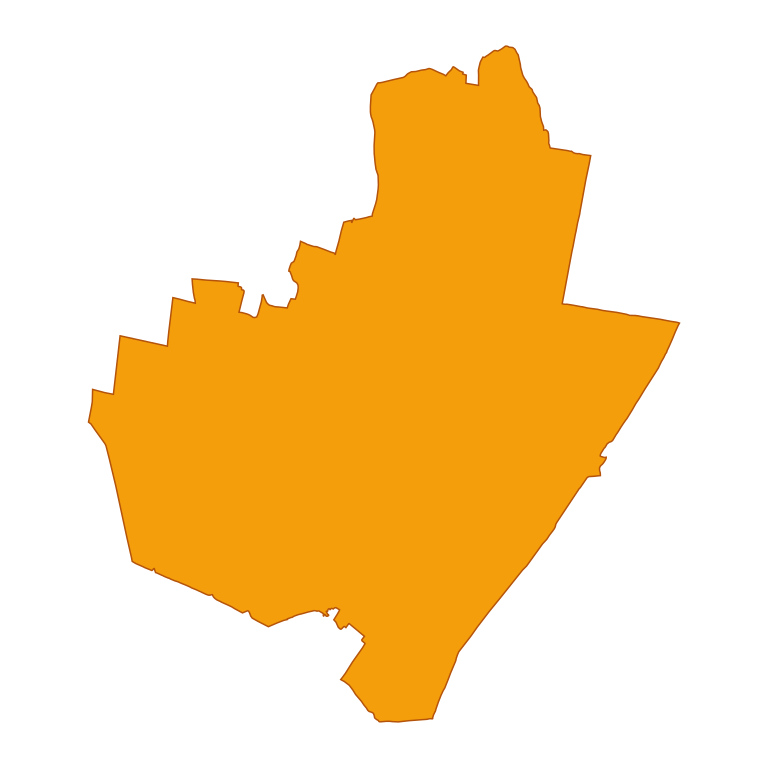 the district of Balacita, Mehedinti, Romania, rotated 90°
{"feature_id": "2599482B9762255986035", "entity_name": "Balacita", "entity_type": "district", "adm_level": 2, "iso_a3": "ROU", "parent_name": "Romania", "parent_adm1": "Mehedinti", "projection": "natural_earth1", "projection_center": [23.124, 44.377], "detail": "fine", "context": "isolated", "style": "filled", "palette": "amber", "viewbox_px": 768, "rotation_deg": 90, "n_neighbors": 0, "source": "geoboundaries", "source_scale": "gbopen_adm2", "svg_char_len": 6093}
<svg xmlns="http://www.w3.org/2000/svg" viewBox="0 0 768 768"><g transform="rotate(90 384 384)"><path d="M561.4,635.8L563.5,632.3L566.8,624.8L567.6,623.3L570.5,616.1L570.1,615.5L568.7,614.4L568.5,613.9L568.8,613.6L569.8,613.4L572.6,612.4L572.6,612.0L575.4,605.8L575.6,605.2L576.1,604.4L577.2,601.9L578.1,599.6L578.2,598.9L578.9,597.8L580.7,593.5L581.7,590.3L583.3,586.7L585.1,582.2L587.0,577.9L587.9,576.4L589.6,572.1L594.2,562.2L595.1,559.8L595.2,558.2L594.6,555.9L594.7,555.6L596.7,554.7L597.5,554.0L598.6,552.9L599.9,551.1L601.7,547.2L602.0,546.9L605.3,539.5L606.9,536.2L608.7,533.3L612.9,525.5L610.8,520.5L611.1,519.5L612.5,518.6L616.0,517.3L618.1,515.8L621.3,510.1L626.7,499.6L622.9,490.8L620.3,484.0L619.5,480.6L618.9,480.7L617.9,478.0L617.4,476.6L617.4,476.0L616.1,473.8L614.6,469.6L613.8,466.2L611.8,459.1L611.7,458.4L610.6,453.7L610.9,451.7L611.2,451.0L611.0,450.3L611.0,449.0L613.2,445.2L614.0,444.6L615.6,444.7L616.0,444.5L616.0,444.3L614.9,443.8L614.4,443.2L616.2,441.7L616.2,440.4L615.6,439.5L615.2,439.3L614.6,439.7L614.0,440.5L611.4,441.7L611.2,441.4L611.2,440.4L609.5,440.0L608.8,439.3L608.7,438.9L609.0,438.4L609.6,438.0L609.5,437.7L608.6,437.0L608.4,436.5L608.6,435.6L609.0,434.8L608.0,433.6L607.7,432.7L607.7,431.9L609.8,428.4L611.2,429.0L614.4,430.8L619.8,434.2L622.2,432.0L627.3,429.7L628.9,428.0L629.2,427.4L629.2,427.0L628.8,426.4L626.8,424.4L626.5,423.9L626.6,423.4L627.6,422.1L623.7,419.3L623.6,418.8L636.3,403.6L639.6,406.1L640.0,406.2L640.8,406.0L643.1,403.3L643.7,403.0L648.0,405.6L662.0,415.5L673.2,422.5L676.9,425.2L679.1,426.9L679.5,427.3L679.7,427.1L681.5,423.7L685.3,418.7L690.1,415.1L694.6,412.3L701.4,406.5L705.0,404.1L708.0,401.6L710.2,400.3L711.4,399.0L712.2,396.6L712.7,395.5L713.2,394.8L713.9,394.4L715.5,393.8L717.7,393.4L718.5,392.7L719.6,391.3L720.4,389.8L721.5,389.0L721.8,388.2L721.8,387.3L721.3,381.6L721.3,379.5L721.3,378.3L721.6,375.8L721.9,369.7L720.7,359.2L719.3,341.0L718.7,338.3L718.7,336.1L718.9,335.9L718.6,335.3L717.6,335.3L714.7,334.4L710.9,332.5L709.2,332.1L702.2,329.7L695.3,327.0L690.6,324.8L687.9,323.2L679.1,319.7L673.2,317.5L660.9,312.3L658.2,311.7L654.7,310.5L651.7,309.2L636.1,297.1L626.9,290.6L611.1,278.5L597.9,267.7L570.1,245.5L566.0,241.4L543.8,225.4L539.3,221.2L535.0,218.4L531.0,215.3L528.6,213.6L526.9,212.8L524.0,212.1L522.1,211.0L488.8,188.9L487.7,187.8L477.5,180.8L476.6,179.1L476.3,174.0L475.6,167.6L473.0,167.7L470.5,168.4L468.1,168.5L466.5,167.9L465.4,167.0L464.3,165.7L462.5,164.2L459.6,162.4L458.0,161.8L457.2,161.8L457.5,163.3L457.0,165.3L456.2,167.7L455.0,167.8L453.2,167.0L448.1,163.8L447.6,163.1L445.5,161.8L444.0,161.0L442.2,158.7L441.8,157.3L441.4,156.5L440.4,155.3L434.5,151.8L432.4,150.3L427.2,147.1L423.4,144.6L419.7,142.0L418.9,141.3L409.8,135.7L403.6,132.2L399.0,129.1L389.4,123.3L367.8,109.5L365.7,108.6L361.6,106.6L357.7,104.3L353.9,102.5L352.6,101.5L350.2,100.7L346.9,99.1L338.7,95.5L332.3,92.9L325.6,89.9L323.1,88.5L322.7,89.5L322.2,91.5L321.3,97.5L321.0,98.8L320.8,100.1L319.3,107.7L316.5,126.7L315.9,129.5L315.5,132.8L315.4,138.2L314.3,141.5L312.4,151.1L310.5,165.1L309.3,170.5L308.0,180.4L306.8,185.5L306.7,186.8L305.1,195.4L304.2,201.2L304.3,202.6L304.1,204.5L303.7,205.8L251.1,196.0L247.1,195.1L234.4,192.7L231.4,192.0L222.8,190.4L214.2,188.3L211.3,187.9L180.0,182.2L162.8,178.6L155.6,177.3L154.6,184.9L153.6,188.8L153.6,189.8L153.7,190.3L153.3,193.1L152.6,194.7L151.2,196.5L151.3,196.7L151.3,197.6L150.6,200.5L148.0,217.8L144.4,218.8L143.9,219.1L142.8,219.3L140.8,219.1L133.9,219.5L131.9,220.0L131.1,220.6L130.3,221.5L129.9,222.1L130.2,224.3L126.7,224.5L121.5,226.4L116.6,227.6L108.2,228.0L105.4,228.8L103.0,230.3L97.6,231.4L92.1,235.1L89.9,235.8L89.3,236.1L86.7,238.9L83.8,240.1L81.4,241.4L78.1,243.7L75.2,245.2L67.7,247.3L64.2,247.7L54.9,249.8L52.9,251.2L49.3,253.0L47.7,255.0L47.5,255.5L47.2,258.7L46.5,260.0L46.1,261.2L46.2,262.7L48.9,266.3L50.7,269.5L51.0,270.3L50.5,272.8L50.6,273.7L51.1,274.6L55.3,280.3L56.1,281.7L57.4,283.3L57.1,285.1L61.0,287.2L62.7,287.9L68.6,289.3L70.5,289.6L74.9,289.4L85.4,289.5L83.3,302.1L75.1,301.7L74.0,305.3L72.3,304.9L71.1,308.0L70.7,308.8L67.3,313.6L66.8,314.8L67.3,315.3L69.6,316.6L72.7,319.8L75.8,322.2L74.4,324.5L72.1,330.0L69.5,335.5L68.8,337.4L68.5,339.0L69.6,342.5L70.1,346.5L71.5,352.1L71.8,356.7L73.4,359.7L74.1,360.7L76.2,362.7L77.4,364.6L79.6,374.5L82.4,385.9L82.8,388.4L82.8,390.0L84.0,391.1L88.3,393.3L94.9,396.9L106.4,397.6L111.9,397.6L114.3,397.3L117.1,396.7L118.7,396.0L122.0,395.0L129.6,393.4L132.5,393.1L145.5,393.9L153.4,393.8L162.9,392.9L169.3,392.0L174.6,390.2L175.8,389.9L184.9,389.6L189.4,389.9L199.6,391.3L203.9,392.4L213.9,395.6L216.1,395.8L216.8,399.2L217.6,401.7L219.2,409.1L219.5,411.3L219.7,412.2L219.7,412.6L218.5,413.8L218.5,414.3L222.9,416.4L220.4,416.4L221.0,419.7L222.2,424.2L230.9,426.7L241.1,429.1L250.6,431.8L254.9,432.8L253.8,433.0L253.1,433.7L252.1,437.1L249.5,443.7L246.7,451.3L246.5,454.3L244.3,461.1L243.6,462.2L241.3,467.5L245.0,468.1L248.4,469.0L249.6,469.6L251.8,471.0L253.8,471.5L255.1,471.7L259.7,473.3L261.5,474.1L263.2,476.7L266.1,477.9L269.3,478.9L271.1,479.2L271.5,478.1L272.6,477.6L275.3,476.5L279.0,475.4L280.6,474.5L282.9,471.2L285.1,470.0L287.8,469.8L291.8,470.3L296.7,471.8L299.2,472.7L298.7,477.0L304.1,479.5L307.9,480.8L307.0,489.3L306.8,492.3L306.4,494.3L305.8,495.9L305.4,497.8L305.1,498.7L304.5,499.5L303.2,500.9L302.0,501.7L294.8,504.9L295.2,505.8L296.3,505.8L301.6,506.6L313.7,509.9L317.0,511.3L317.5,513.2L317.5,514.1L317.3,515.0L315.5,517.6L314.7,519.1L314.0,520.9L312.6,526.0L312.2,529.0L300.8,526.2L292.9,524.1L291.4,523.9L290.6,524.1L290.1,524.6L289.8,526.1L289.6,526.4L288.0,526.4L287.3,526.8L286.9,527.5L286.4,529.6L286.1,530.0L282.9,529.7L281.5,542.2L281.0,548.0L280.1,561.7L279.2,571.1L278.9,575.9L284.7,575.5L292.7,574.6L298.2,573.6L300.5,572.9L303.2,572.7L301.5,579.9L299.2,588.4L297.6,595.1L331.6,599.2L341.1,600.2L346.2,600.6L335.8,647.9L394.3,654.6L392.7,663.0L389.4,675.4L401.7,675.7L407.2,676.6L422.1,679.5L424.0,677.0L430.0,672.9L443.6,663.1L445.8,662.0L459.2,658.6L485.5,652.3L537.5,641.1L557.2,636.6L561.4,635.8Z" fill="#f59e0b" stroke="#b45309" stroke-width="1.5"/></g></svg>